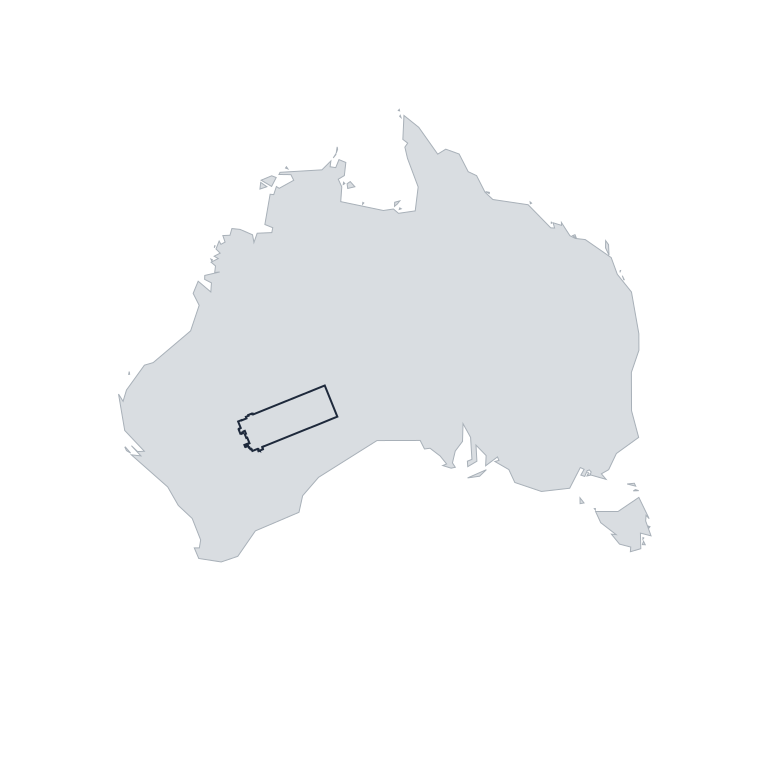 Laverton, Western Australia, Australia (highlighted), rotated 338°
{"feature_id": "25037944B80817080024086", "entity_name": "Laverton", "entity_type": "district", "adm_level": 2, "iso_a3": "AUS", "parent_name": "Australia", "parent_adm1": "Western Australia", "projection": "mercator", "projection_center": [123.06, -27.938], "detail": "medium", "context": "in_parent", "style": "outline", "palette": "slate", "viewbox_px": 768, "rotation_deg": 338, "n_neighbors": 0, "source": "geoboundaries", "source_scale": "gbopen_adm2", "svg_char_len": 5026}
<svg xmlns="http://www.w3.org/2000/svg" viewBox="0 0 768 768"><g transform="rotate(338 384 384)"><path d="M512.4,159.1L519.9,191.0L529.2,189.4L539.8,198.9L541.6,218.7L547.9,225.5L549.5,244.0L554.0,253.7L584.8,271.8L597.1,301.7L600.6,303.3L601.2,297.9L608.0,303.4L609.0,300.7L611.9,316.1L615.9,320.7L624.7,325.5L642.0,351.9L641.4,369.7L647.9,391.4L639.1,432.9L633.0,448.2L617.7,465.9L603.5,501.5L600.1,528.9L573.4,535.5L560.2,547.6L551.9,548.7L554.2,555.6L541.2,545.5L543.1,543.1L542.2,540.6L539.9,540.5L535.5,544.9L532.4,542.2L537.6,538.1L534.7,535.0L517.1,550.2L489.7,542.6L468.4,524.3L467.7,510.1L457.8,497.4L462.0,497.9L461.9,494.1L447.6,497.9L451.9,488.6L446.4,475.1L441.2,490.4L430.7,492.0L432.4,486.8L437.3,486.8L444.3,465.9L442.4,450.4L435.3,466.6L424.9,472.9L417.9,482.8L418.9,487.9L414.7,487.2L407.9,481.6L412.1,481.6L409.1,471.8L402.6,460.8L397.2,459.4L396.4,449.9L356.3,433.8L288.4,446.0L266.7,457.1L257.1,471.1L209.7,472.0L183.9,489.0L166.4,488.0L146.9,476.4L146.7,464.9L151.4,466.8L155.6,459.9L155.8,436.8L147.8,419.6L144.9,398.4L123.2,355.0L131.7,359.6L126.7,346.6L130.2,354.3L136.6,356.6L126.2,330.0L134.1,293.9L135.6,302.3L143.0,293.1L168.9,276.8L178.0,277.7L224.6,262.3L242.1,241.8L241.0,228.5L250.2,219.1L257.9,233.8L261.9,225.6L256.9,219.8L258.5,216.2L273.6,218.6L268.8,217.2L272.0,211.4L269.3,206.3L277.3,205.6L274.4,201.9L281.1,201.3L278.8,195.9L284.7,189.7L285.1,193.4L289.8,192.9L290.2,186.0L296.9,188.4L301.2,182.9L308.4,186.7L318.0,196.4L316.4,204.1L322.9,196.7L336.7,201.6L339.4,197.4L333.3,191.5L349.5,165.4L352.7,167.1L358.2,160.6L360.1,163.3L376.6,161.3L376.1,155.0L365.1,150.4L366.9,148.8L406.7,162.2L418.3,157.3L415.4,162.4L420.3,165.3L426.3,159.1L431.6,164.3L425.3,175.9L418.3,177.0L418.7,185.4L412.2,198.7L448.4,222.9L458.3,225.3L461.4,231.2L477.8,235.2L489.5,214.1L490.3,183.6L492.1,172.2L496.2,169.5L493.1,164.3L503.1,142.5L512.4,159.1ZM532.4,581.5L553.2,589.9L577.8,584.6L579.4,608.2L577.8,603.9L575.3,609.0L574.7,624.8L565.9,618.3L560.4,632.9L549.6,631.8L551.7,627.6L542.4,620.7L538.6,608.4L542.8,610.6L533.0,593.8L532.4,581.5ZM346.4,149.0L357.9,148.9L361.4,152.2L353.8,158.7L346.4,149.0ZM426.3,502.4L446.8,501.8L438.1,505.3L426.3,502.4ZM428.5,183.7L430.9,190.2L423.6,189.1L424.8,184.5L428.5,183.7ZM640.9,348.8L640.4,340.8L643.2,334.1L644.4,338.9L640.9,348.8ZM572.0,567.8L578.9,569.8L579.1,573.0L572.0,567.8ZM345.2,150.9L349.3,157.2L342.0,156.8L345.2,150.9ZM524.9,569.2L521.0,568.4L523.1,562.9L524.9,569.2ZM467.3,220.1L463.8,222.1L460.3,223.2L462.0,219.5L467.3,220.1ZM123.2,353.2L120.3,349.3L120.1,345.6L120.6,345.5L123.2,353.2ZM577.6,576.1L580.2,578.3L575.1,576.5L577.6,576.1ZM614.4,317.1L617.0,317.1L617.0,320.6L614.4,317.1ZM550.3,243.7L553.5,245.8L552.9,246.9L550.3,243.7ZM565.7,627.0L566.0,630.9L563.4,629.7L565.7,627.0ZM645.5,372.8L645.8,377.3L645.4,377.2L645.5,372.8ZM375.5,148.6L373.6,146.9L374.9,146.0L375.5,148.6ZM428.9,149.0L426.1,152.2L429.4,146.6L428.9,149.0ZM645.9,367.4L644.6,368.9L645.5,367.3L645.9,367.4ZM433.1,208.6L431.5,209.3L432.4,207.7L433.1,208.6ZM422.8,183.5L420.9,183.8L422.1,181.8L422.8,183.5ZM152.4,277.0L151.8,279.7L150.9,279.5L152.4,277.0ZM499.7,141.0L499.6,143.3L498.8,141.7L499.7,141.0ZM539.9,541.9L540.4,543.6L539.7,543.1L539.9,541.9ZM425.4,153.2L421.6,155.4L425.5,152.6L425.4,153.2ZM279.1,192.6L277.7,194.2L278.6,192.4L279.1,192.6ZM567.2,624.1L565.9,624.9L566.6,623.4L567.2,624.1ZM465.6,228.0L463.5,227.9L464.6,226.6L465.6,228.0ZM271.4,204.5L270.4,205.4L270.3,203.3L271.4,204.5ZM577.2,615.9L575.4,617.0L575.9,614.8L577.2,615.9ZM501.0,135.1L500.8,136.6L499.7,135.8L501.0,135.1ZM538.9,544.2L540.7,545.8L537.7,545.3L538.9,544.2ZM588.6,271.6L587.2,271.7L587.7,269.9L588.6,271.6ZM600.0,297.6L599.3,297.7L599.8,296.2L600.0,297.6ZM533.3,578.6L532.8,580.0L532.3,578.3L533.3,578.6Z" fill="#d9dde1" stroke="#a8b0b8" stroke-width="1"/><path d="M328.5,363.2L319.7,363.2L304.4,363.2L286.3,363.2L276.6,363.2L272.2,363.2L267.1,363.2L262.2,363.2L251.2,363.2L251.2,362.3L250.1,362.3L250.1,361.9L246.5,361.9L246.5,362.7L243.6,362.7L243.6,364.4L238.4,364.4L238.4,364.1L234.7,364.1L234.7,371.1L233.0,371.1L233.0,371.5L232.4,371.5L232.4,372.1L232.2,372.1L232.2,376.2L233.2,376.2L233.2,376.8L234.7,376.8L234.7,375.7L236.2,375.7L236.2,375.3L237.4,375.3L237.4,378.4L236.1,378.4L236.1,382.5L237.1,382.5L237.1,385.5L237.1,388.6L235.0,388.6L235.0,388.2L231.7,388.2L231.7,390.1L232.3,390.1L232.3,390.6L232.5,390.6L232.5,390.2L233.2,390.2L233.2,390.6L234.8,390.6L234.8,392.3L235.5,392.3L235.5,393.4L235.6,394.2L236.4,394.2L236.4,395.1L236.9,395.1L236.9,396.8L242.6,396.8L242.8,397.0L242.9,397.3L242.8,397.5L242.7,397.6L242.8,397.7L243.0,397.5L242.9,397.7L243.0,397.7L243.0,397.8L242.8,397.7L242.8,397.8L243.0,398.0L243.1,398.3L243.1,398.5L243.2,398.4L243.2,398.5L243.3,398.7L243.2,398.8L243.3,398.8L243.5,399.1L243.6,399.4L243.7,399.5L243.7,399.2L247.3,399.2L247.3,397.8L247.6,397.8L247.6,396.7L249.1,396.7L249.1,396.8L257.1,396.8L263.8,396.8L277.8,396.8L286.0,396.8L294.2,396.8L307.0,396.9L321.9,396.8L328.5,396.8L328.5,363.2Z" fill="none" stroke="#1e293b" stroke-width="2"/></g></svg>